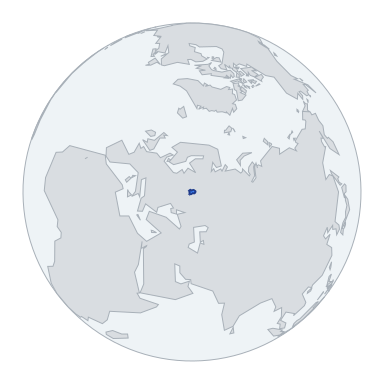 globe centered on Kaluga, rotated 39°
{"feature_id": "RUS-2361", "entity_name": "Kaluga", "entity_type": "Region", "adm_level": 1, "iso_a3": "RUS", "parent_name": "Russia", "parent_adm1": "", "projection": "orthographic", "projection_center": [35.421, 54.295], "detail": "fine", "context": "on_globe", "style": "filled", "palette": "blue", "viewbox_px": 384, "rotation_deg": 39, "n_neighbors": 0, "source": "natural_earth", "source_scale": "10m", "svg_char_len": 12489}
<svg xmlns="http://www.w3.org/2000/svg" viewBox="0 0 384 384"><g transform="rotate(39 192 192)"><circle cx="192" cy="192" r="169" fill="#eef3f6" stroke="#a8b0b8"/><path d="M125.7,36.6L127.1,36.0L135.5,32.8L147.6,30.0L153.7,32.5L148.9,33.2L150.9,34.0L157.0,33.3L160.5,32.7L175.7,37.0L195.6,39.2L202.8,37.5L200.5,40.0L214.6,35.8L226.0,36.9L212.6,37.1L210.8,38.4L218.3,39.7L218.0,41.3L221.5,43.0L220.6,45.0L212.8,45.3L212.1,46.7L217.4,47.6L219.8,50.3L212.1,48.7L215.5,53.5L203.2,55.7L183.5,51.1L176.0,55.1L154.1,58.1L155.5,60.0L148.1,62.7L146.9,66.0L143.2,65.9L145.5,68.6L149.2,68.1L151.4,69.2L151.1,71.1L146.2,71.3L145.7,70.3L144.1,71.4L141.8,70.7L142.8,72.2L136.9,72.3L142.2,75.1L137.1,77.8L133.3,77.1L134.5,73.3L128.7,63.3L125.3,61.9L119.4,63.6L106.5,74.6L102.4,75.0L96.3,78.4L98.2,79.8L103.6,77.7L105.6,81.4L112.0,78.8L113.7,80.1L120.0,79.2L118.2,83.6L113.0,88.5L107.7,89.6L105.3,91.8L109.6,94.5L99.1,100.4L91.0,111.3L88.3,112.5L84.4,107.9L86.2,98.2L81.2,93.4L83.5,101.0L76.9,104.5L75.4,107.1L75.2,109.7L77.4,110.2L74.9,112.5L71.7,105.5L73.9,103.3L74.9,105.4L75.7,101.1L73.4,96.9L70.3,99.3L70.2,91.4L68.0,93.1L66.7,92.6L70.3,90.3L63.8,94.4L63.3,87.9L54.4,96.0L64.1,84.9L68.2,79.7L72.4,74.4L70.9,75.5L78.4,67.7L81.9,63.9L80.9,64.7L91.2,56.4L102.2,48.9L113.7,42.3L125.7,36.6ZM60.3,86.2L59.4,87.3L59.3,87.5L60.3,86.2ZM34.6,130.5L34.4,131.2L34.1,131.9L34.6,130.5ZM32.6,136.0L32.7,135.7L30.6,142.2L27.3,156.5L27.1,156.6L24.1,175.6L23.8,192.6L23.7,200.0L23.4,200.9L24.0,206.6L24.0,208.5L28.7,231.5L33.3,246.6L34.6,252.5L33.8,251.4L29.7,239.0L26.6,226.3L24.4,213.4L23.2,200.4L23.1,187.3L24.0,174.2L25.9,161.2L28.7,148.5L32.6,136.0ZM52.4,97.9L42.7,114.6L45.9,107.7L45.7,108.4L48.6,103.5L53.3,96.1L56.8,90.8L52.4,97.9ZM53.2,99.5L54.6,97.0L53.5,99.1L53.2,99.5ZM162.2,32.3L157.2,33.2L151.8,33.3L155.9,32.3L162.2,32.3ZM172.4,33.0L170.0,33.7L168.0,32.3L170.0,32.3L172.4,33.0ZM207.9,36.2L203.9,35.9L207.9,35.7L207.9,36.2ZM222.1,42.9L223.3,42.6L224.6,43.6L222.1,42.9ZM120.6,76.9L120.3,78.0L119.3,77.6L120.6,76.9ZM123.6,75.6L122.6,74.2L123.9,73.4L124.5,74.2L123.6,75.6ZM224.4,47.6L226.1,49.6L223.0,47.6L224.4,47.6ZM124.5,77.4L126.3,72.1L128.6,70.7L132.7,72.8L124.5,77.4ZM226.2,50.8L230.4,55.8L233.4,55.4L227.2,59.8L225.7,53.9L221.4,51.4L224.9,51.9L226.2,50.8ZM150.5,67.1L146.6,67.7L150.1,65.4L150.5,67.1ZM152.2,65.4L159.9,57.3L165.5,57.6L161.8,60.1L169.3,59.2L168.2,63.2L163.8,64.7L160.4,63.6L162.6,66.0L152.2,65.4ZM223.0,61.6L222.9,63.0L221.5,61.7L223.0,61.6ZM152.6,69.4L153.6,67.7L158.6,67.7L157.3,71.3L156.1,70.1L152.6,69.4ZM171.8,57.0L175.2,57.8L175.3,61.3L176.6,62.1L168.7,63.4L171.8,57.0ZM154.9,71.1L156.6,73.1L154.0,74.9L151.9,71.2L154.9,71.1ZM160.4,66.3L162.6,66.5L161.0,67.5L160.4,66.3ZM145.6,82.8L146.8,80.5L149.5,80.3L145.6,82.8ZM157.4,73.7L158.3,73.1L159.5,72.8L160.0,74.5L157.4,73.7ZM169.3,65.8L168.6,67.1L172.5,65.4L172.7,68.1L167.4,68.5L169.8,69.5L169.9,70.3L165.4,69.8L169.3,65.8ZM164.2,75.4L157.4,77.1L154.7,81.3L152.3,81.6L157.1,74.8L164.2,75.4ZM165.3,72.1L164.0,74.2L161.6,73.3L161.0,71.4L165.3,72.1ZM174.8,69.8L175.9,65.6L177.0,65.7L174.8,69.8ZM163.9,76.7L165.5,76.3L163.9,77.1L163.9,76.7ZM172.0,72.1L172.2,70.5L173.5,70.7L172.0,72.1ZM168.6,76.8L166.4,77.3L165.9,76.0L168.6,76.8ZM170.5,74.8L172.2,75.3L167.0,75.2L170.4,74.1L170.5,74.8ZM173.2,72.5L174.0,72.0L172.9,73.1L173.2,72.5ZM171.7,81.7L165.3,81.9L164.2,78.9L170.6,79.1L171.7,81.7ZM69.1,272.9L61.4,246.7L66.2,242.4L67.8,232.9L101.4,218.0L107.7,224.1L133.3,230.3L136.4,232.8L132.5,240.4L151.0,256.0L158.0,250.4L175.6,258.4L187.8,258.9L193.8,243.2L173.7,242.2L171.0,233.9L187.8,227.9L205.5,228.7L205.1,225.6L194.6,218.6L199.4,212.5L191.1,215.6L193.9,218.9L188.8,221.1L185.9,218.2L187.7,216.1L182.5,214.4L175.2,225.4L177.3,230.0L163.4,230.4L165.6,238.2L161.6,241.1L156.4,228.9L157.5,224.9L147.3,210.0L144.9,214.2L154.4,228.7L151.1,227.0L147.9,233.4L147.7,227.2L138.0,210.8L126.0,209.3L109.4,220.3L102.6,218.2L97.6,211.4L104.9,195.9L119.2,202.5L122.0,197.5L120.3,187.3L124.8,190.3L125.8,187.1L131.3,189.2L140.2,184.0L145.9,185.2L150.5,175.7L154.1,175.1L150.4,180.8L150.9,185.6L165.3,188.6L168.4,187.0L170.2,180.7L174.0,182.5L173.9,176.0L182.7,174.7L171.9,171.1L173.7,164.1L179.6,159.4L178.3,156.6L168.6,164.2L166.6,167.9L167.9,172.1L160.5,182.3L155.3,182.9L155.6,170.2L148.3,169.9L151.8,160.6L175.7,144.9L185.1,142.6L198.4,153.3L195.6,157.6L189.4,155.9L194.1,163.9L194.2,160.2L197.3,161.8L199.8,156.0L202.2,156.9L200.6,149.8L203.8,150.3L204.7,154.8L211.1,147.0L218.0,146.6L218.3,144.4L216.7,142.2L226.4,143.4L226.2,141.8L223.0,140.7L220.5,136.9L219.9,130.7L223.3,131.4L224.0,133.7L230.5,140.0L231.8,146.4L233.1,146.1L232.8,140.7L224.9,133.1L223.5,129.2L227.8,132.2L226.1,130.8L226.5,129.1L230.1,128.2L225.7,124.7L225.6,106.2L232.5,103.0L236.3,107.5L239.8,96.4L247.3,94.3L244.3,93.2L243.9,87.6L241.6,88.2L240.1,87.3L238.1,74.0L240.3,71.7L236.0,65.4L234.5,64.9L232.6,66.2L227.2,59.8L233.4,55.4L236.6,56.6L238.4,53.2L245.4,56.6L252.0,58.1L258.7,64.2L263.4,65.1L263.5,63.7L270.0,64.2L282.8,70.4L271.8,71.4L252.5,64.6L260.3,67.7L258.3,68.9L261.0,71.3L266.6,73.5L267.3,72.6L275.2,87.1L288.2,98.1L287.7,92.0L291.5,90.9L305.8,99.7L321.8,125.0L327.0,125.2L330.0,128.1L331.4,134.2L327.1,130.0L324.9,132.5L322.3,129.4L323.1,138.2L319.3,134.2L321.8,143.3L325.3,144.4L325.9,137.9L329.7,147.9L335.5,147.3L340.6,153.2L345.6,174.8L344.2,188.3L345.0,191.0L342.2,192.6L341.9,201.9L349.9,206.1L350.9,209.6L348.7,224.2L348.1,222.0L340.6,226.2L341.6,236.0L347.4,234.7L349.5,239.4L346.1,243.1L343.7,239.2L341.0,240.5L340.0,232.8L334.4,225.4L330.9,233.1L329.4,228.5L321.2,224.6L315.1,235.2L306.7,258.4L308.4,270.6L304.2,279.1L292.3,268.6L287.2,257.9L282.7,261.8L270.5,255.9L249.0,263.8L246.1,260.9L242.0,263.9L233.4,262.4L229.1,257.2L223.8,258.7L235.5,272.1L241.2,270.4L246.1,262.9L248.3,268.0L256.5,270.2L246.8,286.1L215.1,303.0L212.4,293.9L189.9,266.7L190.8,263.2L190.7,262.8L190.5,262.2L188.1,267.7L184.3,261.8L196.0,282.2L197.8,290.5L214.7,303.6L213.0,305.2L218.5,307.3L236.7,300.6L236.7,303.7L228.0,318.4L203.1,336.5L206.6,344.7L205.2,350.7L190.2,354.5L192.1,357.5L184.4,358.3L184.3,359.4L178.5,359.9L168.5,359.3L151.0,355.9L149.5,355.3L140.0,351.5L126.7,340.6L130.7,337.2L128.9,332.3L116.3,316.5L119.0,310.2L115.8,305.7L109.0,303.7L105.3,298.0L101.2,296.0L76.3,283.9L69.1,272.9ZM89.0,230.7L87.9,233.5L89.0,230.7ZM223.9,237.5L234.7,236.0L230.4,226.4L234.2,225.2L231.4,222.5L230.0,225.7L223.1,218.1L228.0,214.0L227.0,209.5L223.3,209.8L215.5,218.5L225.3,229.4L222.6,234.2L223.9,237.5ZM27.3,156.9L26.7,159.7L27.0,157.4L27.3,156.9ZM45.2,108.6L43.7,111.4L42.5,113.6L43.4,111.7L45.2,108.6ZM35.6,132.5L34.5,136.3L35.1,133.1L35.6,132.5ZM41.5,117.2L36.5,129.6L37.8,124.3L41.2,116.7L39.6,120.8L41.5,117.2ZM51.4,100.6L50.3,102.6L49.8,102.9L51.4,100.6ZM52.3,101.1L52.6,100.5L53.7,99.0L52.3,101.1ZM77.1,104.9L77.3,105.5L76.6,108.3L75.8,107.3L77.1,104.9ZM80.1,119.4L76.1,122.8L78.4,119.6L76.5,118.7L79.1,111.1L87.2,112.8L83.1,113.2L80.1,119.4ZM84.8,101.8L82.3,106.2L84.7,101.3L84.8,101.8ZM126.1,168.5L127.6,171.6L124.9,174.8L117.6,174.0L121.4,169.4L126.1,168.5ZM130.3,175.5L132.7,163.5L137.3,163.7L134.3,165.6L137.2,166.9L133.1,170.3L135.2,182.6L133.0,186.2L120.7,182.4L125.9,181.5L124.2,178.4L130.3,175.5ZM130.6,135.2L131.7,130.7L140.4,136.9L138.3,140.4L130.9,139.7L129.0,135.2L130.6,135.2ZM131.3,82.4L131.2,80.8L132.6,80.7L133.8,81.9L131.3,82.4ZM146.0,81.8L133.4,89.4L132.6,87.9L126.1,94.5L121.5,93.2L125.8,88.9L117.5,93.1L119.5,88.7L114.1,92.0L124.2,82.6L125.7,79.0L125.8,83.4L130.0,84.6L132.2,84.1L139.8,80.0L145.1,73.3L150.1,73.7L152.2,75.8L151.7,77.5L148.6,76.6L150.2,79.5L145.3,79.6L146.0,81.8ZM174.2,103.8L170.8,101.5L173.1,108.5L168.3,108.1L168.8,109.0L165.0,110.6L161.3,114.1L159.2,113.3L158.6,115.1L156.1,116.3L154.6,118.5L150.4,117.9L148.3,120.5L147.5,118.7L145.0,123.6L145.0,119.7L141.6,121.2L143.4,124.1L124.1,116.8L116.1,117.2L109.4,119.8L110.2,113.2L117.0,106.8L126.5,101.7L134.1,102.4L133.1,99.5L136.5,99.0L135.9,101.5L138.8,97.5L141.4,97.8L149.8,94.1L152.5,88.3L155.6,87.0L155.9,89.4L158.8,86.4L161.5,90.2L163.8,89.4L168.7,92.5L167.9,97.9L170.5,96.6L174.4,99.1L174.2,103.8ZM173.0,82.7L173.1,89.0L170.5,92.0L163.0,85.4L160.6,85.7L155.7,81.9L159.6,77.8L160.6,79.2L162.5,79.6L160.6,80.7L163.6,80.2L165.1,82.2L167.8,82.4L167.1,84.3L173.0,82.7ZM140.4,230.6L142.8,231.7L146.8,232.3L144.9,236.4L140.4,230.6ZM133.5,219.5L135.9,219.6L135.1,225.5L132.5,224.5L133.5,219.5ZM137.8,214.9L136.0,219.2L135.5,216.3L137.8,214.9ZM152.6,180.7L155.1,180.5L155.1,182.1L153.4,184.0L152.6,180.7ZM179.9,125.7L178.4,123.6L179.3,122.9L179.2,117.3L182.8,117.4L184.2,120.7L179.9,125.7ZM190.0,245.9L186.1,248.9L184.4,247.4L186.1,246.6L190.0,245.9ZM164.1,243.5L169.7,246.4L163.5,244.6L164.1,243.5ZM183.8,124.8L183.3,122.5L185.4,124.0L183.8,124.8ZM185.4,117.1L187.9,118.3L183.2,116.7L185.4,117.1ZM234.3,345.7L223.0,355.4L215.0,356.6L213.3,355.0L217.5,349.6L226.8,346.6L231.3,342.9L234.3,345.7ZM355.8,233.4L352.0,245.4L349.6,250.5L350.6,247.4L354.4,237.6L356.3,231.6L355.8,233.4ZM350.3,247.8L346.1,252.6L337.5,251.1L340.6,247.0L349.1,242.3L348.7,244.6L351.2,242.6L350.3,247.8ZM358.9,215.7L358.3,221.0L356.1,229.6L354.8,233.0L354.0,230.2L354.5,225.8L355.7,222.6L358.0,199.7L359.2,197.6L359.0,205.8L359.9,205.8L358.9,215.7ZM309.2,271.2L313.2,275.2L310.7,278.4L309.2,271.2ZM357.3,187.4L357.4,197.1L356.8,186.4L357.3,187.4ZM355.9,179.0L356.7,180.9L355.7,180.9L355.9,179.0ZM346.5,194.2L345.4,198.2L344.6,196.7L345.5,190.7L346.5,194.2ZM344.4,158.4L347.3,163.2L348.2,165.5L346.2,164.2L344.4,158.4ZM213.8,123.7L209.9,131.2L209.5,137.1L213.0,140.9L206.4,138.9L207.0,129.9L213.8,123.7ZM223.8,108.2L220.7,105.1L223.1,104.5L224.1,105.1L223.8,108.2ZM221.2,107.7L215.4,107.7L214.4,104.8L219.1,105.3L221.2,107.7ZM199.6,116.0L198.2,118.2L196.5,116.8L199.6,116.0ZM360.3,207.3L360.3,207.2L360.1,208.5L359.4,214.6L359.6,212.7L360.2,205.1L360.4,200.6L360.9,190.0L360.3,204.1L360.4,205.1L360.8,198.0L360.5,204.6L360.5,204.8L360.3,207.3ZM360.8,183.8L360.7,182.3L360.7,182.2L360.8,183.8ZM360.2,182.5L359.3,182.9L359.3,188.0L358.5,175.3L359.6,177.0L360.2,182.5ZM358.2,177.8L358.3,182.5L357.7,175.9L358.2,177.8ZM357.9,182.2L357.0,180.0L357.4,177.6L357.9,182.2ZM358.3,176.1L356.9,171.1L357.8,172.3L358.3,176.1ZM354.7,175.3L356.9,173.7L355.5,179.5L351.7,171.4L352.0,168.0L354.7,175.3ZM332.9,123.5L330.8,121.9L330.0,118.5L331.7,120.5L332.9,123.5ZM325.6,106.5L329.1,117.1L331.6,126.0L332.5,124.9L336.2,130.4L332.9,129.9L328.6,120.8L327.3,114.8L323.8,110.8L320.8,104.9L316.3,101.8L313.9,98.5L317.6,99.6L325.6,106.5ZM314.4,100.8L305.4,94.2L305.5,89.7L307.5,90.0L311.6,94.9L311.3,97.0L314.4,100.8ZM303.3,91.4L302.9,93.5L288.9,90.0L286.0,88.2L296.7,87.9L296.9,90.0L300.3,91.8L303.3,91.4ZM224.7,63.1L223.0,63.0L224.2,62.1L224.7,63.1ZM238.8,87.7L237.0,86.4L238.4,85.2L238.8,87.7ZM232.7,82.1L232.4,84.3L231.3,81.6L232.7,82.1ZM232.1,89.4L231.7,85.0L234.1,89.6L232.1,89.4Z" fill="#d9dde1" stroke="#a8b0b8" stroke-width="1"/><path d="M193.0,194.0L192.9,193.9L192.8,194.0L192.7,194.1L192.6,194.3L192.4,194.2L192.3,194.3L192.2,194.4L192.2,194.5L192.0,194.8L191.9,194.8L191.9,195.0L191.8,194.9L191.7,194.9L191.7,195.0L191.4,194.9L191.3,195.0L191.3,194.9L191.3,194.7L191.2,194.7L190.7,194.7L190.4,194.5L190.4,194.4L190.4,194.2L190.5,194.0L190.4,194.0L190.4,193.8L190.2,193.7L190.0,193.4L189.9,193.4L189.9,193.2L189.7,193.2L189.6,193.3L189.5,193.2L189.4,193.1L189.2,193.1L189.2,192.9L188.9,192.7L188.7,192.8L188.7,192.7L188.8,192.5L188.7,192.5L188.8,192.5L188.8,192.4L188.9,192.2L189.0,192.0L189.0,191.9L188.9,191.8L188.9,191.7L189.0,191.5L189.0,191.4L188.9,191.4L189.0,191.4L189.1,191.2L189.3,191.2L189.6,191.2L189.8,191.2L189.8,191.3L190.1,191.6L190.3,191.6L190.2,191.4L190.3,191.3L190.4,191.1L190.4,190.9L190.5,190.9L190.8,190.8L191.0,190.8L191.0,190.7L191.0,190.4L191.1,190.2L191.2,190.3L191.3,190.3L191.3,190.1L191.5,190.0L191.5,189.9L191.7,189.7L191.8,189.6L191.8,189.4L191.9,189.2L192.0,189.2L192.1,189.3L192.2,189.2L192.3,189.1L192.2,189.1L192.4,189.1L192.5,189.1L192.9,189.2L193.0,189.3L193.4,189.3L193.5,189.2L193.8,189.0L194.0,189.0L194.3,189.2L194.3,189.3L194.5,189.2L194.6,189.3L194.7,189.5L194.8,189.6L194.8,189.8L194.9,190.0L195.0,190.2L195.0,190.3L195.1,190.6L195.1,190.8L194.9,191.2L194.8,191.3L194.8,191.2L194.7,191.1L194.4,191.0L194.4,191.3L194.5,191.5L194.6,191.8L194.6,192.0L194.4,192.0L194.2,192.0L194.3,192.0L194.3,191.9L194.2,191.9L194.0,192.0L193.8,192.0L193.7,192.2L193.4,192.2L193.4,192.3L193.2,192.3L193.2,192.5L193.3,192.5L193.2,192.7L193.2,192.8L193.2,193.0L193.0,193.3L192.9,193.3L192.9,193.5L193.0,193.7L193.1,193.8L193.0,194.0Z" fill="#3b82f6" stroke="#1e3a8a" stroke-width="1.5"/></g></svg>